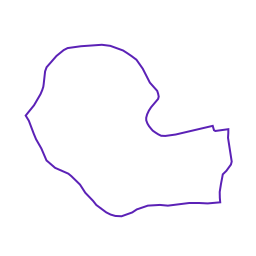 the district of San Antonio Sacatepéquez, San Marcos, Guatemala, rotated 80°
{"feature_id": "79465075B59585261586559", "entity_name": "San Antonio Sacatepéquez", "entity_type": "district", "adm_level": 2, "iso_a3": "GTM", "parent_name": "Guatemala", "parent_adm1": "San Marcos", "projection": "albers", "projection_center": [-91.709, 14.966], "detail": "fine", "context": "isolated", "style": "outline", "palette": "violet", "viewbox_px": 256, "rotation_deg": 80, "n_neighbors": 0, "source": "geoboundaries", "source_scale": "gbopen_adm2", "svg_char_len": 1063}
<svg xmlns="http://www.w3.org/2000/svg" viewBox="0 0 256 256"><g transform="rotate(80 128 128)"><path d="M209.7,133.5L207.9,121.9L209.3,109.9L211.4,102.2L212.5,80.5L214.2,71.0L216.1,62.7L217.2,50.1L212.7,49.7L206.9,48.8L199.1,46.1L193.6,44.0L190.1,42.7L187.3,38.6L181.9,33.0L179.1,31.7L155.0,31.2L150.4,30.1L146.6,29.4L146.1,42.5L145.1,43.7L140.6,44.2L142.7,82.2L142.3,92.6L141.4,96.7L139.5,99.3L137.2,101.8L134.9,104.1L132.9,105.3L129.8,107.0L126.9,108.1L123.6,108.7L121.1,108.3L117.9,106.8L114.5,104.4L111.5,101.6L104.6,93.3L102.4,92.3L99.4,92.4L96.5,92.8L87.1,98.6L72.1,103.2L62.3,107.8L57.8,112.0L54.3,115.6L50.8,119.4L44.0,131.2L41.5,139.3L39.3,160.2L38.8,173.6L40.1,177.8L44.6,185.9L54.0,197.6L57.8,199.8L70.4,203.5L72.8,204.3L75.8,205.9L79.5,208.3L89.3,216.6L93.8,221.8L98.0,226.6L103.6,224.4L117.3,221.8L123.1,220.5L133.1,216.9L145.8,213.9L154.6,206.7L162.6,194.7L165.5,192.2L175.4,185.1L184.4,181.3L193.8,175.0L198.3,172.6L207.3,164.1L210.2,160.2L212.4,155.8L213.8,149.7L211.9,138.5L209.7,133.5Z" fill="none" stroke="#5b21b6" stroke-width="2"/></g></svg>